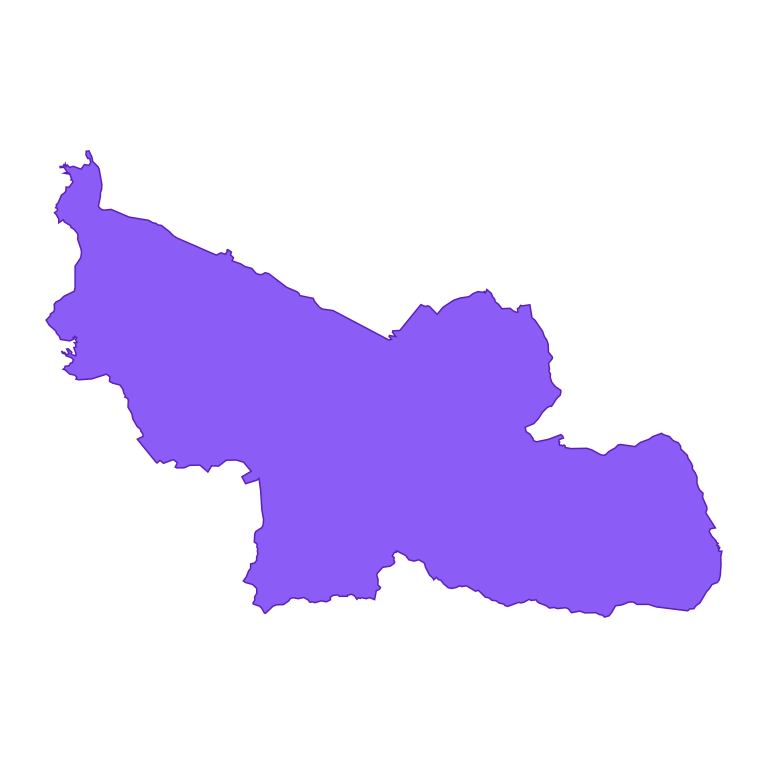 Posesti, Prahova, Romania
{"feature_id": "2599482B56357474531402", "entity_name": "Posesti", "entity_type": "district", "adm_level": 2, "iso_a3": "ROU", "parent_name": "Romania", "parent_adm1": "Prahova", "projection": "equal_earth", "projection_center": [26.141, 45.287], "detail": "fine", "context": "isolated", "style": "filled", "palette": "violet", "viewbox_px": 768, "rotation_deg": 0, "n_neighbors": 0, "source": "geoboundaries", "source_scale": "gbopen_adm2", "svg_char_len": 5999}
<svg xmlns="http://www.w3.org/2000/svg" viewBox="0 0 768 768"><path d="M374.6,599.6L376.3,590.7L379.5,589.3L380.5,587.4L377.8,584.9L378.1,579.5L376.8,575.4L377.1,573.6L382.7,567.3L390.1,566.2L394.0,563.5L394.7,562.0L393.8,559.9L394.2,557.6L392.3,556.0L394.1,552.7L396.5,552.1L396.5,550.8L405.7,555.5L408.8,559.8L414.0,561.1L418.9,559.8L423.4,562.4L424.6,563.5L425.4,567.0L429.4,574.9L433.1,578.4L433.8,579.9L436.3,577.3L438.5,579.7L440.7,580.1L443.6,583.8L448.3,587.8L452.1,588.4L456.9,587.3L459.3,585.7L461.6,586.6L466.4,585.8L475.5,591.2L478.4,590.3L485.2,597.1L489.4,598.0L491.6,600.2L496.2,600.8L499.1,603.0L503.8,604.1L505.1,605.6L507.7,606.4L518.7,602.4L521.0,602.9L523.9,602.2L529.2,599.3L531.0,600.4L536.3,599.9L537.2,601.7L539.2,603.0L546.4,605.8L549.5,608.1L554.0,607.5L557.5,608.6L565.5,607.7L568.2,608.7L571.5,612.7L579.9,611.1L584.8,612.9L595.7,612.7L599.8,614.7L602.3,615.0L604.6,617.1L609.1,615.8L611.9,612.2L615.5,605.8L621.8,604.9L628.9,602.1L633.2,602.0L637.1,604.4L648.7,604.4L656.3,606.9L687.7,610.8L690.0,608.9L693.9,608.7L695.5,606.2L700.0,602.8L706.2,592.2L710.1,587.7L711.8,584.6L717.2,582.5L719.2,580.0L720.3,575.3L721.0,564.7L720.8,556.7L721.9,551.2L718.6,551.0L718.9,549.6L718.3,547.9L719.5,548.3L719.7,547.4L718.5,547.0L718.6,545.8L716.8,545.3L718.1,543.3L716.5,542.5L716.0,540.8L711.9,536.3L709.2,531.6L710.4,528.8L715.4,527.9L706.2,513.5L705.8,512.0L706.9,509.8L706.8,507.1L702.6,497.5L703.0,493.2L699.5,489.8L698.5,487.7L696.9,483.1L697.0,477.0L695.1,472.6L692.4,468.9L692.5,466.1L691.5,463.5L687.9,458.0L687.4,455.4L680.8,449.0L680.5,445.9L678.3,442.8L673.3,440.7L669.4,436.5L663.3,434.6L661.7,433.3L652.9,436.5L648.9,439.3L640.3,442.5L635.0,446.6L620.7,444.5L618.2,444.9L615.2,447.9L609.0,451.4L605.6,454.7L603.1,455.3L600.0,454.4L591.9,449.9L586.7,448.3L571.1,448.6L565.2,447.5L565.1,445.9L563.9,445.0L562.3,445.9L561.1,445.0L559.6,445.3L559.2,443.7L559.7,442.0L558.8,441.4L559.2,439.6L563.4,438.1L562.7,436.1L560.9,434.6L548.3,439.4L536.4,441.8L533.7,440.7L532.7,438.1L529.9,434.1L526.1,431.6L525.2,427.2L533.8,423.6L538.5,418.5L542.4,412.4L546.9,407.8L549.9,406.2L551.5,406.4L556.7,398.5L560.3,395.0L560.9,391.5L560.8,390.3L555.4,386.7L551.8,382.3L550.2,377.3L550.5,374.0L548.9,371.4L549.5,369.0L548.6,363.3L552.5,358.3L552.3,356.9L548.5,352.2L548.1,344.1L546.8,340.1L544.5,336.8L542.5,331.2L534.9,320.1L532.0,317.8L529.9,304.8L522.2,305.9L520.5,305.4L519.3,307.6L517.5,308.6L517.9,312.0L517.1,312.4L513.9,311.3L510.0,308.3L502.0,308.7L498.2,304.0L495.2,301.8L494.7,299.3L492.5,296.5L491.3,293.3L486.8,289.5L485.4,292.9L484.5,292.5L484.3,291.6L482.9,292.3L477.9,291.6L473.1,293.6L468.9,296.7L460.3,298.0L453.7,300.2L443.1,307.2L437.1,314.3L429.5,306.4L427.7,305.8L425.2,306.5L420.9,304.6L399.9,330.4L392.7,330.9L392.6,332.4L395.8,336.6L389.4,335.5L389.1,336.5L391.5,339.3L388.8,340.0L332.9,310.5L322.5,309.1L319.3,307.1L314.3,301.1L313.3,298.4L299.9,295.6L298.8,293.2L296.9,291.7L286.6,287.3L268.8,273.7L265.2,272.7L261.5,274.7L258.3,274.3L255.8,273.1L251.8,268.4L244.8,266.5L241.0,264.0L232.1,260.8L233.5,257.7L230.5,254.8L231.4,252.1L227.8,249.6L227.0,250.1L227.1,251.5L225.4,254.3L221.0,252.8L216.3,255.1L177.4,238.2L173.2,235.6L169.9,232.1L161.4,225.4L157.6,224.9L156.3,223.5L152.7,222.7L148.5,220.3L129.2,217.1L111.1,209.4L103.5,210.2L100.5,208.8L98.4,206.3L100.4,196.4L100.5,192.6L101.6,189.3L101.9,184.6L99.2,169.4L98.1,166.9L92.7,161.4L91.9,157.1L89.0,150.9L86.2,151.2L86.0,154.9L87.8,158.5L89.8,158.5L90.7,162.6L88.9,165.4L84.5,164.5L81.0,169.2L73.3,166.3L69.6,167.4L67.2,165.0L66.1,166.4L65.3,163.9L64.9,165.6L63.8,164.8L63.2,166.4L60.1,166.5L60.1,167.6L64.1,167.4L66.8,171.4L66.5,172.3L64.0,173.2L68.1,173.9L67.4,172.9L67.8,172.6L69.5,173.3L71.4,178.3L71.0,180.0L72.0,180.0L73.0,181.9L69.1,187.2L66.1,187.0L65.9,190.6L64.9,192.6L61.5,195.0L58.1,202.9L56.2,204.9L56.7,205.8L55.6,207.8L57.4,208.4L57.3,210.7L54.5,212.8L56.1,214.3L58.8,219.2L58.8,222.8L63.3,219.7L64.3,221.9L70.7,225.8L71.0,227.4L74.2,229.4L77.9,234.2L77.8,239.6L81.1,249.4L81.5,252.4L80.8,257.6L75.1,266.1L75.1,287.2L74.3,291.2L63.9,296.3L59.8,300.2L56.1,301.9L54.2,304.3L54.5,309.4L53.8,311.6L50.4,314.0L50.3,315.8L46.1,320.1L49.3,325.3L55.9,331.1L56.4,333.0L59.4,336.4L60.4,339.4L69.8,340.9L73.8,339.1L73.2,337.6L74.5,337.9L74.7,336.4L76.8,337.6L75.5,339.8L77.2,342.5L74.4,342.7L75.4,343.7L76.0,347.0L73.8,347.6L75.8,353.0L75.9,355.9L71.7,354.6L71.3,353.6L71.9,352.3L68.3,348.9L66.7,349.0L68.9,353.5L68.5,354.2L66.1,354.4L64.7,352.4L63.2,352.4L61.5,351.1L62.4,353.1L65.5,354.2L65.9,355.7L70.9,357.5L73.6,359.6L72.0,362.9L70.5,363.1L68.8,365.8L65.1,366.2L64.8,367.8L63.2,369.3L65.2,370.0L69.8,374.1L74.9,375.2L76.8,377.4L75.9,379.1L78.7,379.8L91.8,378.9L106.5,374.2L109.8,376.7L109.5,381.5L112.9,383.2L119.9,385.0L122.8,389.0L124.0,393.5L125.5,395.7L124.8,397.1L127.6,398.3L128.3,400.4L128.0,407.1L131.8,413.7L132.9,419.0L137.3,426.7L140.6,429.3L140.8,431.1L142.9,434.1L143.0,436.4L137.3,439.2L156.3,462.6L157.3,462.9L159.9,460.3L163.5,463.3L173.4,459.6L177.4,462.8L175.2,467.1L176.8,467.9L184.2,467.8L189.9,465.3L199.9,465.1L207.9,472.0L211.7,465.8L218.6,466.1L226.3,460.2L236.1,460.0L243.6,462.2L251.2,471.3L241.9,476.7L245.6,483.7L257.0,480.1L259.0,478.5L260.7,491.0L261.8,509.3L263.6,519.8L263.1,525.1L261.8,527.6L255.9,531.4L254.8,533.6L254.3,542.0L257.1,544.0L256.9,547.2L257.8,549.0L257.3,550.9L257.8,553.9L256.6,557.1L256.6,560.5L254.5,563.0L250.6,563.9L250.6,568.5L248.6,570.9L246.5,576.5L243.3,581.0L245.5,582.5L252.7,584.5L256.6,588.3L256.8,593.4L254.6,596.8L254.8,600.2L253.0,602.9L253.3,604.1L259.5,606.1L261.7,608.2L264.3,612.9L265.2,613.4L266.2,612.7L273.0,606.2L276.6,604.8L283.4,604.6L288.9,600.8L289.9,598.9L292.9,597.7L298.2,598.7L303.9,597.5L307.8,599.7L310.0,602.3L312.3,601.8L314.9,602.7L321.1,600.9L326.5,601.8L330.5,599.8L330.2,597.3L332.9,595.5L337.8,594.8L339.3,596.3L347.4,596.3L347.6,595.3L351.6,594.2L354.8,596.1L356.9,599.3L358.2,597.8L360.2,598.5L361.5,597.6L366.2,598.7L369.4,597.6L374.6,599.6Z" fill="#8b5cf6" stroke="#5b21b6" stroke-width="1.5"/></svg>